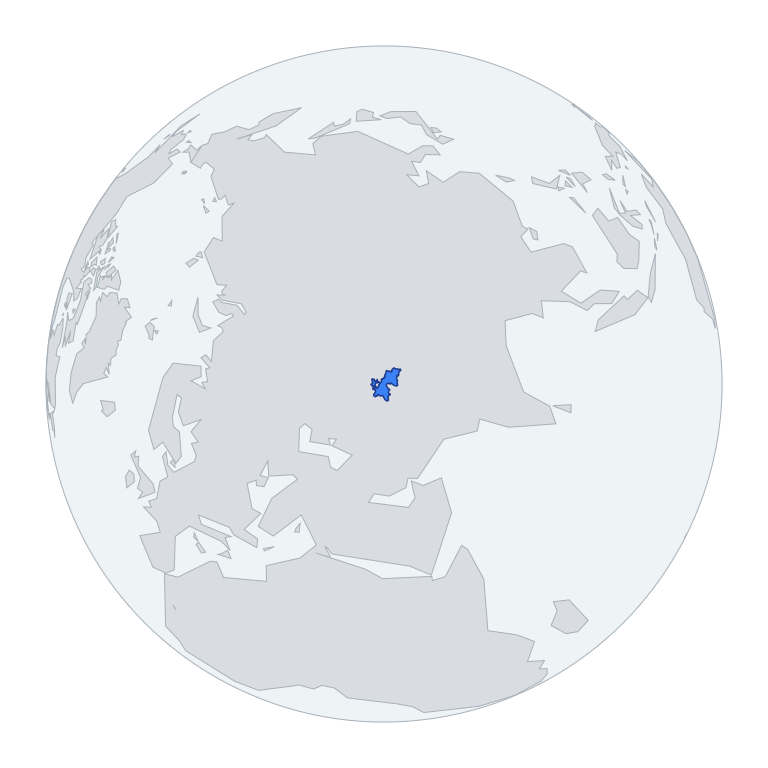 globe centered on Tajikistan, rotated 296°
{"feature_id": "TJK", "entity_name": "Tajikistan", "entity_type": "country or territory", "adm_level": 0, "iso_a3": "TJK", "parent_name": "Asia", "parent_adm1": "", "projection": "orthographic", "projection_center": [70.744, 38.86], "detail": "fine", "context": "on_globe", "style": "filled", "palette": "blue", "viewbox_px": 768, "rotation_deg": 296, "n_neighbors": 0, "source": "natural_earth", "source_scale": "50m", "svg_char_len": 15100}
<svg xmlns="http://www.w3.org/2000/svg" viewBox="0 0 768 768"><g transform="rotate(296 384 384)"><circle cx="384" cy="384" r="338" fill="#eef3f6" stroke="#a8b0b8"/><path d="M442.6,51.2L444.7,51.6L450.6,52.8L458.9,58.9L484.9,72.7L501.0,77.9L491.3,76.8L527.0,88.4L546.2,100.2L519.7,86.5L513.2,85.1L523.8,92.4L519.4,92.7L522.1,96.7L515.9,96.7L500.9,89.6L496.7,89.7L504.4,95.1L503.2,99.1L492.4,91.0L489.1,97.4L463.4,88.7L439.7,70.7L420.5,69.0L383.1,59.6L381.7,61.8L366.6,60.8L359.2,63.2L354.4,61.6L352.7,65.1L358.5,66.2L359.7,68.3L356.0,70.1L349.1,68.0L350.0,66.8L346.0,67.2L344.2,65.5L343.0,67.4L335.1,65.2L337.2,70.2L326.2,70.8L322.6,68.7L330.4,65.2L341.4,54.5L340.1,52.7L330.4,52.9L296.4,60.1L291.9,60.3L280.3,63.1L279.3,64.2L288.0,62.5L283.3,66.1L294.5,64.5L294.3,66.1L302.8,66.7L293.4,70.8L279.6,74.8L272.1,74.8L265.8,76.8L266.4,80.7L246.0,85.5L221.5,97.7L217.2,99.0L220.3,93.2L237.0,82.3L241.2,78.0L230.2,85.5L219.4,89.9L214.1,92.9L209.9,95.8L210.8,96.2L205.4,99.1L214.2,92.0L219.2,89.2L216.4,91.2L224.1,86.6L228.2,84.1L250.4,73.6L273.2,64.7L296.7,57.6L320.6,52.1L344.8,48.4L369.3,46.4L393.8,46.2L418.3,47.8L442.6,51.2ZM450.3,52.6L453.9,53.5L445.3,51.7L444.3,51.5L450.3,52.6ZM465.0,57.3L459.8,56.0L461.4,55.5L463.9,56.4L465.0,57.3ZM513.4,82.1L507.3,78.6L514.8,82.0L513.4,82.1ZM523.5,97.3L526.6,98.4L526.7,100.1L523.5,97.3ZM307.4,64.5L305.1,65.6L304.7,64.9L307.4,64.5ZM313.2,64.0L314.4,62.5L317.3,62.0L316.5,63.0L313.2,64.0ZM517.3,101.8L516.4,104.7L514.7,100.5L517.3,101.8ZM311.1,66.1L322.4,61.5L327.5,60.9L328.9,64.1L311.1,66.1ZM514.2,105.5L512.1,113.2L518.9,116.0L498.5,113.3L507.0,107.1L503.9,101.3L509.5,105.0L514.2,105.5ZM362.0,65.8L355.6,64.7L364.5,64.1L362.0,65.8ZM367.4,65.0L392.7,61.7L400.3,64.9L390.3,65.0L402.8,68.4L394.0,71.4L385.1,70.3L382.0,67.5L381.0,70.9L367.4,65.0ZM487.6,111.0L484.8,112.1L484.8,109.7L487.6,111.0ZM360.9,69.1L365.4,67.9L372.2,70.4L364.6,73.3L364.8,71.5L360.9,69.1ZM410.4,68.0L414.2,70.7L408.1,73.8L408.7,75.4L394.5,71.8L410.4,68.0ZM361.3,71.9L360.5,74.8L353.8,75.4L357.0,70.5L361.3,71.9ZM377.2,70.0L380.1,71.4L376.0,71.5L377.2,70.0ZM329.7,80.1L334.8,78.1L338.8,79.1L329.7,80.1ZM360.6,75.9L362.9,75.8L365.1,76.1L363.2,78.2L360.6,75.9ZM391.2,74.5L387.8,75.4L396.7,76.1L392.5,78.9L383.7,76.1L385.7,78.5L384.4,79.4L378.8,76.2L391.2,74.5ZM367.7,81.5L355.2,79.6L344.7,82.9L340.8,81.9L358.4,76.9L367.7,81.5ZM374.7,78.6L369.5,80.1L367.3,77.8L369.5,75.5L374.7,78.6ZM392.7,81.9L401.5,78.3L403.1,79.1L392.7,81.9ZM365.1,82.7L368.2,83.2L364.6,83.2L365.1,82.7ZM384.7,82.5L387.6,81.0L389.4,82.0L384.7,82.5ZM372.0,85.6L367.9,84.9L369.3,83.1L372.0,85.6ZM378.2,84.5L379.9,86.2L372.2,82.9L379.2,83.7L378.2,84.5ZM385.9,83.6L387.9,83.7L384.5,84.2L385.9,83.6ZM369.1,93.1L359.1,89.4L362.2,85.3L371.5,89.4L369.1,93.1ZM51.4,380.2L57.3,322.9L63.3,313.1L70.7,293.8L117.2,269.9L120.0,283.4L148.5,305.5L150.8,311.7L139.8,324.7L155.1,365.0L169.1,357.7L190.6,384.6L209.7,393.8L230.1,367.0L198.8,351.1L200.9,333.4L232.1,333.3L260.6,348.1L262.4,341.8L250.7,320.8L263.8,313.3L247.4,312.7L249.2,321.0L239.1,321.3L236.8,313.9L241.5,311.2L234.7,304.5L214.1,320.0L213.7,330.1L192.0,322.0L189.3,338.4L181.1,341.4L182.6,315.1L187.4,308.0L184.9,274.8L177.8,281.3L179.8,313.4L176.3,308.4L166.8,318.7L171.3,307.0L171.0,271.5L155.7,263.2L125.0,276.9L118.4,270.7L118.1,256.6L140.6,231.0L152.7,247.9L160.9,240.3L168.2,221.8L171.2,228.9L175.7,223.9L181.2,229.9L198.6,225.3L205.6,230.4L221.7,216.7L227.5,217.8L216.3,225.3L212.4,233.8L231.0,247.5L237.4,246.6L246.3,237.0L250.3,242.5L256.6,231.5L271.9,235.2L258.5,221.9L268.6,211.6L282.8,208.0L283.8,202.6L260.6,208.6L253.5,213.4L251.3,221.1L229.9,233.6L221.5,231.7L234.8,210.6L224.3,206.0L239.2,192.6L292.7,182.5L310.3,185.3L319.8,211.6L310.4,216.5L302.3,209.1L301.3,225.5L305.5,219.5L308.8,224.5L319.3,217.0L322.2,220.3L327.4,207.9L332.1,211.1L328.7,218.9L348.3,211.7L360.6,216.6L363.6,213.5L363.4,208.9L379.1,218.9L380.6,216.3L376.1,211.8L376.2,203.9L382.6,194.2L387.7,198.1L386.1,202.2L390.3,217.3L385.3,228.2L388.0,228.9L393.6,220.5L388.4,201.9L390.8,195.0L394.7,203.1L393.5,199.6L396.2,197.5L403.8,199.3L400.1,190.3L423.9,164.5L440.8,166.5L441.5,176.0L463.5,165.0L480.8,169.8L476.6,165.5L484.2,158.5L478.9,156.7L477.5,154.2L494.7,137.5L502.7,137.4L505.3,127.0L503.2,125.0L497.4,124.4L498.5,113.3L518.9,116.0L522.8,120.2L533.0,119.8L540.4,129.9L551.2,138.7L553.4,151.2L561.8,157.8L564.8,156.9L578.5,165.9L596.1,188.7L568.5,173.7L539.4,144.1L550.2,156.0L543.8,154.7L545.2,160.0L553.1,168.8L556.5,168.9L548.8,193.0L559.9,222.1L568.8,214.7L579.2,219.0L599.6,249.8L601.3,305.0L615.3,314.6L619.4,323.8L614.5,333.9L608.4,320.6L599.0,319.7L596.3,311.2L586.4,324.1L582.1,312.6L576.4,329.1L583.9,336.3L594.3,328.5L591.2,348.8L608.0,358.9L615.2,377.3L604.9,420.0L586.4,439.1L586.4,445.5L576.3,442.3L567.0,458.3L589.0,484.1L589.8,493.4L572.8,517.6L571.7,511.1L545.1,502.7L543.0,525.7L563.3,537.2L570.4,554.8L556.1,553.5L548.5,538.0L539.1,534.5L539.6,515.2L527.8,489.0L513.2,498.2L512.4,486.3L494.0,465.1L471.9,477.0L438.1,513.0L436.7,542.6L423.6,556.0L399.8,515.1L394.4,485.5L382.5,488.3L360.7,462.0L313.7,455.5L310.0,446.8L300.5,449.1L285.6,438.0L281.1,423.4L270.7,421.9L283.8,460.1L295.2,461.8L308.8,451.0L310.0,463.6L324.7,476.7L297.9,501.2L233.0,510.3L231.6,487.1L208.3,411.4L211.8,404.9L211.9,404.0L211.9,402.4L204.6,412.2L202.3,397.3L209.4,448.6L208.4,468.0L232.0,511.3L228.5,513.7L237.6,523.5L273.0,524.5L272.1,531.6L252.3,559.3L207.8,585.5L216.7,613.0L218.5,632.2L197.3,634.6L205.8,649.5L195.9,648.4L199.7,655.3L195.4,657.7L185.9,655.4L162.5,638.8L155.7,631.9L136.0,610.7L106.2,563.8L106.5,551.5L102.2,535.8L85.8,488.8L89.0,472.7L86.0,460.5L79.0,454.3L76.2,439.6L72.4,434.1L53.6,405.4L51.4,380.2ZM93.0,291.2L89.8,296.3L93.0,291.2ZM285.7,379.8L306.1,386.6L305.8,364.4L313.6,365.5L310.6,357.9L305.7,362.8L299.7,342.5L311.7,339.3L313.7,330.1L306.9,327.5L285.9,337.0L294.3,365.7L285.8,372.4L285.7,379.8ZM218.9,90.3L218.0,90.9L213.0,94.1L214.0,93.2L218.9,90.3ZM199.6,107.3L191.3,111.7L197.9,107.5L197.5,106.4L210.9,97.1L215.6,99.2L211.1,99.6L199.6,107.3ZM230.0,86.2L221.0,91.2L230.7,85.7L230.0,86.2ZM194.8,192.7L193.5,198.5L186.7,202.5L177.9,198.3L187.6,192.2L194.8,192.7ZM193.3,206.2L209.0,187.6L215.1,190.2L209.0,191.7L211.5,195.3L202.4,198.9L192.9,220.4L186.3,225.6L173.5,213.6L181.3,214.4L182.1,208.2L193.3,206.2ZM238.1,142.7L245.0,136.6L249.5,149.8L242.6,154.0L233.2,149.5L235.9,141.9L238.1,142.7ZM311.4,73.6L313.8,71.8L315.7,72.2L315.3,74.0L311.4,73.6ZM331.7,79.1L303.2,82.3L304.4,80.3L286.3,85.6L282.4,82.5L294.3,79.0L277.8,81.1L287.0,76.7L275.4,79.0L302.3,71.3L309.9,68.1L302.9,72.8L306.2,75.6L309.9,75.8L326.2,74.4L344.2,69.5L350.3,72.3L349.9,75.5L346.5,77.0L343.6,74.6L341.2,78.5L334.3,76.3L331.7,79.1ZM341.2,122.2L339.3,117.0L333.2,127.8L326.4,124.2L326.1,125.7L318.1,125.6L307.9,128.3L305.9,125.9L302.8,128.1L297.5,128.3L292.5,130.6L287.2,127.4L280.8,130.0L281.9,127.1L272.2,132.7L277.0,127.2L270.6,127.5L269.3,132.6L252.6,113.7L241.9,111.3L230.3,112.7L240.1,104.1L257.2,97.8L276.3,94.6L285.2,98.7L288.1,94.5L293.2,95.4L288.8,98.3L298.6,94.5L301.6,96.1L318.6,95.6L330.9,89.9L337.4,90.0L334.1,93.1L342.9,91.0L341.2,97.1L345.8,97.4L348.7,104.1L339.7,110.5L345.5,110.5L348.0,116.1L341.2,122.2ZM369.5,95.0L360.4,102.6L352.1,104.6L350.5,92.2L346.5,91.1L345.2,84.1L357.3,81.5L356.5,83.6L358.6,85.2L354.0,85.4L359.3,86.5L358.4,89.6L362.3,91.5L358.2,93.3L369.5,95.0ZM158.1,309.5L160.8,312.8L166.0,316.2L160.1,323.1L158.1,309.5ZM157.4,285.3L160.5,286.7L154.7,297.3L152.0,294.2L157.4,285.3ZM167.1,278.8L161.1,285.9L162.8,280.2L167.1,278.8ZM219.7,226.3L223.6,227.6L222.0,230.2L217.6,232.6L219.7,226.3ZM321.9,156.5L322.1,152.5L324.4,152.0L331.3,144.0L336.9,146.5L335.0,152.3L321.9,156.5ZM222.0,369.6L213.6,372.7L211.9,368.5L215.2,368.2L222.0,369.6ZM183.2,347.8L189.7,356.8L181.5,349.6L183.2,347.8ZM329.2,157.8L331.4,154.2L332.8,157.7L329.2,157.8ZM341.4,148.0L344.0,151.4L338.4,145.9L341.4,148.0ZM376.9,721.5L382.2,721.8L376.4,721.7L376.9,721.5ZM271.1,645.0L261.1,671.1L246.4,666.8L239.4,657.1L240.2,640.0L256.0,639.1L262.6,631.7L271.1,645.0ZM632.5,567.0L639.1,563.7L638.6,565.0L632.5,567.0ZM625.8,567.5L633.7,563.0L624.0,570.8L625.8,567.5ZM636.7,561.3L644.7,553.9L648.2,549.8L647.3,552.6L636.7,561.3ZM620.2,570.7L588.0,586.1L574.6,588.6L578.3,583.1L599.9,575.0L620.2,570.7ZM577.2,583.4L556.1,579.0L523.8,550.8L535.4,548.5L568.5,561.1L566.5,565.7L579.3,570.7L577.2,583.4ZM626.2,538.5L624.0,550.9L606.7,558.9L598.6,560.9L593.0,548.7L596.2,539.6L603.0,536.8L626.9,497.4L635.7,499.2L629.0,514.7L636.1,521.0L626.2,538.5ZM438.4,545.2L447.5,561.2L440.1,564.6L438.4,545.2ZM634.5,472.7L626.2,490.3L633.1,469.1L634.5,472.7ZM637.4,454.2L638.9,460.1L634.2,456.4L637.4,454.2ZM588.0,454.5L580.9,459.1L579.8,454.6L588.2,446.1L588.0,454.5ZM620.6,392.8L624.2,406.6L624.1,411.9L619.1,405.4L620.6,392.8ZM380.4,178.8L364.6,186.7L357.0,195.1L358.5,203.8L349.5,195.5L361.3,182.4L380.4,178.8ZM418.0,165.6L416.5,158.9L421.6,160.1L422.6,161.8L418.0,165.6ZM413.9,162.7L403.8,157.9L405.9,153.1L413.5,157.8L413.9,162.7ZM366.0,156.7L360.9,158.7L359.9,155.6L366.0,156.7ZM634.0,611.3L587.2,652.9L579.1,657.4L586.4,651.0L589.4,640.0L592.5,638.5L596.9,627.9L628.1,600.6L652.1,566.7L663.5,557.8L675.7,533.7L685.5,523.3L679.2,539.4L685.5,534.9L699.4,497.9L695.0,516.3L682.8,541.9L668.5,566.4L652.2,589.6L634.0,611.3ZM648.6,557.2L658.5,542.3L663.1,537.9L648.6,557.2ZM709.9,464.9L711.1,468.7L708.3,476.6L706.0,476.9L700.9,491.7L691.4,504.9L694.6,496.6L694.1,490.6L682.3,501.4L679.9,498.8L684.7,490.5L675.9,495.0L685.7,483.0L689.0,489.9L694.2,475.7L701.7,467.5L707.8,460.6L711.3,459.7L709.9,464.9ZM684.3,506.6L685.9,504.9L684.1,509.6L684.3,506.6ZM718.2,434.0L718.1,434.4L718.6,430.5L718.6,431.1L718.2,434.0ZM712.3,455.7L716.7,437.0L717.3,434.7L714.2,451.4L712.3,455.7ZM716.3,433.7L717.7,430.2L717.9,432.6L717.5,435.0L716.3,433.7ZM664.6,516.0L664.0,519.3L661.2,519.3L664.6,516.0ZM668.3,511.2L676.3,507.2L667.4,514.4L668.3,511.2ZM640.7,520.8L643.5,526.2L652.4,515.6L645.6,526.8L650.9,534.3L648.6,540.1L643.5,531.6L640.5,545.9L636.5,548.2L634.9,538.5L639.3,522.2L643.3,513.8L659.0,500.6L640.7,520.8ZM668.5,502.5L666.2,495.9L667.8,488.8L670.3,491.3L668.5,502.5ZM658.3,480.5L650.9,474.9L645.2,482.9L655.7,460.2L661.3,469.3L658.3,480.5ZM650.4,461.9L645.2,469.3L649.9,456.9L650.4,461.9ZM643.2,466.8L641.5,459.9L646.2,458.0L643.2,466.8ZM653.3,460.2L652.5,447.1L655.8,452.8L653.3,460.2ZM636.7,444.8L648.6,450.5L634.9,453.6L629.4,429.8L634.8,425.8L636.7,444.8ZM635.7,324.8L631.6,318.6L635.1,313.5L637.0,319.2L635.7,324.8ZM642.9,293.2L634.7,310.2L627.5,324.6L632.1,325.5L634.6,339.4L625.3,331.7L626.8,312.9L633.1,304.2L629.5,293.2L631.3,281.8L623.9,270.2L623.2,262.8L631.9,270.9L642.9,293.2ZM620.4,265.7L608.0,243.9L616.8,240.2L621.5,244.1L623.4,255.5L618.7,256.7L620.4,265.7ZM607.6,237.8L602.9,239.0L574.9,214.4L571.1,208.5L597.1,224.0L594.0,226.2L599.4,233.3L607.6,237.8ZM488.1,113.9L485.1,112.3L488.7,112.5L488.1,113.9ZM474.4,153.5L473.0,150.1L477.3,150.1L474.4,153.5ZM471.5,141.0L467.7,143.3L469.7,139.2L471.5,141.0ZM459.4,149.0L465.1,143.4L462.7,151.3L459.4,149.0Z" fill="#d9dde1" stroke="#a8b0b8" stroke-width="1"/><path d="M370.0,393.7L370.2,393.3L370.3,391.9L370.5,391.4L371.3,390.5L371.6,389.9L372.0,389.3L372.3,389.1L372.6,388.7L372.9,388.2L372.9,387.9L372.9,387.7L372.5,387.2L372.0,386.6L371.7,386.1L371.6,385.4L371.6,384.9L372.1,383.6L372.0,383.4L371.9,383.2L371.6,383.1L371.2,383.0L370.9,383.1L370.4,383.1L370.0,383.0L369.9,382.9L369.9,382.3L369.8,382.2L369.7,382.0L368.7,381.7L368.9,380.2L369.1,380.1L369.2,379.8L369.5,379.6L370.3,379.3L371.1,379.5L371.9,379.7L372.6,379.8L372.9,379.9L373.3,379.9L373.6,379.9L373.8,379.7L374.2,379.3L374.3,378.7L374.5,378.1L374.9,378.1L375.0,378.0L375.1,377.9L375.1,377.7L375.4,377.9L375.5,377.7L375.3,377.4L375.2,377.1L375.2,376.9L375.7,376.8L375.9,376.8L376.0,376.7L375.8,376.4L375.2,376.4L374.5,376.4L374.4,376.3L374.5,376.2L375.9,375.9L376.6,376.0L377.2,376.1L377.4,376.1L377.1,375.5L377.5,375.5L377.5,375.3L377.1,373.9L377.4,373.8L377.6,373.5L377.6,373.0L377.8,372.7L378.1,372.5L378.4,372.7L379.0,373.2L379.2,373.3L379.4,373.4L379.7,373.2L380.7,372.7L381.3,372.4L382.0,372.0L382.1,371.9L382.3,371.2L382.5,371.2L383.3,371.9L383.6,372.3L383.6,372.5L384.0,372.9L384.0,373.0L383.9,373.2L383.9,373.3L383.1,374.0L382.4,374.6L382.3,374.8L382.3,375.0L382.8,375.2L383.1,375.4L383.2,375.7L383.4,376.0L383.6,376.1L384.7,375.9L385.0,375.9L385.0,376.0L384.9,376.2L384.0,376.5L383.6,376.8L383.5,377.3L383.3,377.4L383.2,377.5L382.7,377.0L382.4,376.9L381.9,376.7L381.0,376.2L380.5,376.1L379.6,376.3L378.5,376.7L378.4,376.9L378.2,377.1L378.2,377.3L378.3,377.5L378.1,377.8L377.8,377.5L377.5,377.4L377.4,377.7L377.2,378.2L377.1,378.6L377.4,379.2L377.4,380.0L377.8,380.0L378.2,380.0L378.8,379.8L379.1,379.8L379.6,379.9L380.4,379.9L381.1,379.9L381.4,379.7L381.6,379.8L381.7,380.0L382.4,379.7L382.9,379.7L383.2,379.8L383.4,379.8L383.7,380.4L384.0,380.7L384.3,380.8L385.2,380.7L385.5,380.3L385.7,380.1L386.1,380.1L386.4,380.0L386.7,379.8L387.0,379.6L387.3,379.6L387.5,379.7L387.5,379.9L387.5,380.1L387.5,380.3L387.7,380.5L388.2,380.5L388.5,380.7L388.5,380.9L388.5,381.3L388.7,381.5L388.8,381.5L389.7,381.1L389.9,381.1L390.1,381.3L390.4,381.6L390.8,381.9L391.0,381.5L391.4,381.1L392.0,381.0L392.3,380.9L392.6,380.8L393.7,380.9L394.1,380.9L394.8,380.9L395.4,380.8L395.8,380.6L396.0,380.4L396.4,380.3L396.9,380.3L397.1,380.3L397.2,380.6L397.1,381.2L397.1,381.6L397.5,382.3L397.7,382.7L398.0,382.9L398.0,383.1L398.0,383.3L397.7,383.5L397.6,383.8L397.7,384.0L397.8,384.7L398.1,385.3L398.4,385.5L398.9,385.7L399.1,385.6L399.3,385.2L399.6,384.9L399.8,384.9L400.3,384.9L401.4,385.2L402.5,385.7L402.8,385.9L402.9,386.3L402.6,387.0L402.7,387.5L402.8,388.0L403.0,388.4L403.3,389.1L403.3,389.6L403.4,389.8L403.5,390.0L403.4,390.5L403.4,391.0L403.5,391.1L403.8,391.4L404.4,391.8L404.5,392.2L404.3,392.5L404.0,392.8L403.6,393.0L403.4,393.1L403.2,392.9L402.7,392.5L402.3,392.2L401.7,392.3L401.3,392.3L400.9,392.2L400.5,392.2L400.2,392.5L399.6,392.8L399.0,393.0L398.1,393.4L397.7,393.3L397.5,393.2L397.9,392.8L398.0,392.5L397.9,392.3L397.6,392.2L397.4,392.1L396.8,392.0L396.4,392.1L395.6,392.4L394.1,393.3L393.5,393.8L393.0,394.7L391.6,395.0L390.6,395.5L389.7,396.3L389.0,396.7L388.7,396.8L388.4,396.7L388.0,396.5L387.7,395.9L387.4,394.9L387.2,394.2L387.3,393.4L387.4,392.4L387.6,391.4L387.7,390.3L387.9,389.9L387.9,389.6L387.8,389.4L387.5,389.5L387.0,389.6L386.7,389.6L386.5,389.0L386.7,388.1L386.4,387.3L385.4,386.6L384.6,386.4L384.0,386.6L383.4,387.1L383.0,387.9L382.5,388.6L382.0,389.2L381.7,389.4L381.5,389.5L381.7,390.4L381.7,391.0L381.4,391.5L381.1,391.8L380.7,391.7L380.2,391.4L379.7,391.3L378.8,391.4L378.1,391.7L377.8,392.1L377.7,392.6L377.8,393.2L377.8,393.7L377.5,394.0L377.2,394.2L377.0,394.3L376.7,394.0L376.1,393.3L375.6,393.0L375.4,392.9L375.1,393.0L375.0,393.3L374.8,393.3L374.5,393.3L374.3,393.3L374.1,393.5L373.7,393.8L372.9,394.0L372.5,394.3L372.4,394.6L372.1,394.7L371.4,395.1L370.9,394.9L370.3,394.4L370.0,393.9L370.0,393.7ZM383.8,378.3L383.4,378.5L383.2,378.5L383.0,378.3L382.8,378.1L383.2,378.1L383.6,378.1L383.8,378.2L383.8,378.3ZM383.6,371.8L383.2,371.5L383.1,371.3L383.2,371.2L383.4,371.4L383.6,371.6L383.6,371.8Z" fill="#3b82f6" stroke="#1e3a8a" stroke-width="1.5"/></g></svg>